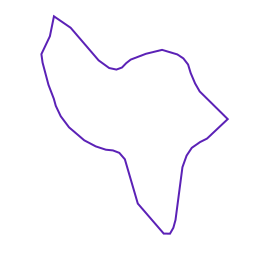 outline of Jarash, rotated 279°
{"feature_id": "JOR-856", "entity_name": "Jarash", "entity_type": "Province", "adm_level": 1, "iso_a3": "JOR", "parent_name": "Jordan", "parent_adm1": "", "projection": "natural_earth1", "projection_center": [35.881, 32.225], "detail": "fine", "context": "isolated", "style": "outline", "palette": "violet", "viewbox_px": 256, "rotation_deg": 279, "n_neighbors": 0, "source": "natural_earth", "source_scale": "10m", "svg_char_len": 649}
<svg xmlns="http://www.w3.org/2000/svg" viewBox="0 0 256 256"><g transform="rotate(279 128 128)"><path d="M44.6,189.3L36.5,188.4L30.2,186.0L29.3,179.8L54.9,149.5L96.6,129.8L102.1,123.3L103.5,116.6L103.1,109.5L104.8,99.0L109.0,86.7L119.4,69.7L129.1,59.7L138.6,53.2L145.2,50.2L158.2,42.7L179.2,33.4L187.4,30.9L206.4,36.5L226.7,37.4L218.0,55.7L190.2,88.4L184.3,100.0L183.9,107.4L186.8,112.6L191.8,116.1L196.0,120.0L204.1,134.1L210.5,149.4L208.4,165.2L205.4,171.8L200.1,177.4L192.1,181.3L182.5,187.3L175.3,193.1L152.4,225.1L129.9,207.7L125.4,201.4L118.4,194.1L109.9,190.2L97.8,187.9L44.6,189.3Z" fill="none" stroke="#5b21b6" stroke-width="2"/></g></svg>